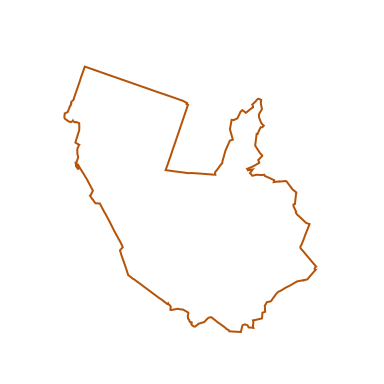 the district of Dzelzavas pag., Madona, Latvia, rotated 166°
{"feature_id": "27541924B55159579541929", "entity_name": "Dzelzavas pag.", "entity_type": "district", "adm_level": 2, "iso_a3": "LVA", "parent_name": "Latvia", "parent_adm1": "Madona", "projection": "mercator", "projection_center": [26.465, 56.987], "detail": "fine", "context": "isolated", "style": "outline", "palette": "amber", "viewbox_px": 384, "rotation_deg": 166, "n_neighbors": 0, "source": "geoboundaries", "source_scale": "gbopen_adm2", "svg_char_len": 5428}
<svg xmlns="http://www.w3.org/2000/svg" viewBox="0 0 384 384"><g transform="rotate(166 192 192)"><path d="M298.3,245.2L297.6,243.3L296.7,241.3L296.5,246.5L296.0,246.2L295.1,242.9L292.6,235.3L292.2,234.0L291.9,232.9L290.9,229.8L289.8,225.2L287.8,217.3L290.3,214.4L290.4,214.1L291.7,213.0L291.8,213.0L290.5,209.2L290.3,209.2L288.5,204.5L284.2,203.1L283.4,199.7L282.0,194.0L281.2,191.5L281.2,191.4L278.8,181.7L278.7,181.2L276.8,172.8L276.5,171.8L276.3,171.1L276.2,170.5L275.9,169.3L275.2,166.9L274.7,164.7L274.1,162.6L273.9,161.8L273.6,160.6L273.4,159.9L272.9,157.4L272.5,155.2L276.0,152.8L275.8,149.1L275.6,145.5L275.5,145.4L275.1,140.7L274.5,134.5L274.3,131.5L274.0,126.8L273.5,126.2L272.3,124.7L270.2,122.0L269.1,121.0L265.5,116.6L264.4,115.3L255.9,104.9L255.4,104.4L255.2,104.0L253.3,101.7L249.6,97.2L247.4,94.8L245.9,92.9L243.1,89.3L242.6,89.6L242.2,89.8L242.2,89.5L242.0,88.9L241.4,88.2L240.7,86.9L240.5,86.5L240.4,86.0L240.4,85.8L240.4,85.7L241.5,83.0L241.5,82.9L241.4,82.8L240.6,82.6L240.3,82.5L233.9,82.1L232.2,81.2L229.0,80.0L228.1,79.1L227.4,78.4L227.1,78.1L226.2,77.3L225.5,76.6L225.0,76.1L224.8,75.8L224.8,75.7L224.8,75.2L225.0,74.9L225.7,73.4L226.2,72.5L226.2,72.3L226.3,70.9L226.5,70.2L225.8,68.7L225.6,68.3L225.7,68.2L225.7,67.5L225.7,67.4L225.7,67.2L225.5,66.9L225.5,66.6L225.4,66.3L225.2,66.0L225.1,65.9L224.9,65.7L224.1,65.8L223.8,65.6L223.8,65.4L223.8,65.2L224.1,64.8L224.3,64.7L224.3,64.4L224.4,64.1L224.5,63.9L224.6,63.7L224.5,63.3L224.4,63.2L224.0,62.6L223.0,61.3L221.7,60.6L220.3,61.3L219.2,61.7L217.7,62.4L217.5,62.6L211.5,62.9L209.2,64.4L207.4,65.5L206.3,66.0L203.7,65.9L203.5,65.7L203.2,65.3L200.6,62.1L199.1,60.0L196.3,56.8L192.9,52.7L192.3,51.9L191.7,50.7L189.7,49.0L189.5,47.8L185.1,46.4L180.9,45.1L178.4,44.4L177.6,46.0L175.3,50.4L172.8,50.8L171.1,49.7L170.3,49.2L169.8,46.9L166.8,45.9L165.3,45.3L165.3,46.3L165.2,47.5L164.5,49.2L164.3,49.5L164.1,50.6L163.8,51.5L163.9,51.8L163.9,52.7L161.2,52.5L159.1,52.5L154.7,52.4L154.5,52.9L153.6,55.5L152.9,57.8L150.0,58.1L149.0,63.3L148.8,64.2L147.1,65.8L146.1,67.0L144.0,66.9L143.2,66.9L142.8,66.9L142.0,66.9L141.3,67.4L140.9,67.7L138.2,70.1L137.0,71.0L136.0,71.9L135.7,72.2L134.0,73.4L132.4,74.3L130.5,74.6L128.3,75.2L125.6,76.1L124.2,76.5L122.6,76.9L120.0,77.4L111.8,79.8L111.5,79.8L106.8,79.6L106.5,79.5L105.5,79.2L105.5,79.3L105.4,79.5L105.2,79.6L102.9,79.3L101.3,79.3L97.5,82.0L91.4,86.3L91.5,86.3L91.6,86.9L91.6,87.4L91.6,87.9L91.4,88.2L90.8,88.9L90.0,89.6L89.6,89.7L91.2,92.8L92.3,95.0L93.5,97.5L98.9,108.5L99.1,108.8L100.3,111.3L100.2,111.9L100.1,112.7L99.6,113.2L99.4,113.4L99.2,113.6L97.9,115.2L95.3,118.8L94.4,120.1L92.8,122.5L92.1,123.5L87.4,130.0L85.7,132.4L88.5,134.2L88.8,134.5L89.1,134.9L93.5,141.8L94.6,143.4L95.6,144.9L95.7,145.5L96.0,146.2L96.0,146.3L96.2,146.8L96.2,147.4L96.0,147.6L95.7,147.8L95.8,148.0L96.9,153.4L96.7,154.9L96.6,155.3L95.0,155.5L91.5,165.0L91.4,165.0L90.9,166.3L91.1,166.6L93.9,170.4L95.1,173.3L95.5,174.2L97.8,179.6L98.0,179.7L98.7,180.0L99.2,180.2L99.4,180.3L99.7,180.3L100.0,180.2L101.0,180.3L101.7,180.5L103.0,180.7L104.7,180.9L104.8,181.2L105.0,181.2L106.7,181.4L109.0,181.7L110.3,181.8L109.4,183.6L114.4,187.6L117.4,189.9L117.7,191.3L119.9,191.5L125.1,193.1L129.6,193.2L130.4,194.9L131.2,196.3L127.7,199.2L130.4,199.4L132.5,199.6L132.5,200.3L132.9,201.1L126.3,202.1L119.6,204.1L120.0,207.0L115.3,209.9L115.0,210.5L116.4,212.8L119.5,221.7L115.5,232.0L115.2,232.7L114.3,232.4L113.4,233.7L110.9,236.9L110.3,237.5L109.7,238.2L108.1,237.8L106.3,239.0L106.6,239.4L107.1,240.3L107.7,241.3L108.0,242.0L108.3,243.5L108.4,244.2L108.7,246.6L108.8,247.5L108.8,248.6L108.7,249.4L108.3,251.0L108.0,251.5L104.4,255.1L104.0,255.8L104.0,257.1L103.9,260.2L103.8,260.7L103.7,261.4L103.6,262.1L103.5,262.4L103.4,262.8L103.1,263.3L102.9,263.9L102.6,264.7L104.9,266.4L105.8,266.3L106.3,266.0L109.1,264.1L112.4,262.2L112.1,260.2L112.3,259.4L113.4,259.0L114.6,258.6L115.8,258.0L120.6,255.8L122.6,258.4L123.2,259.2L125.3,258.3L130.1,252.5L134.0,251.7L136.1,252.4L139.7,244.4L140.0,243.7L140.0,243.3L139.7,232.9L140.1,232.9L142.9,232.6L146.3,228.2L149.5,224.1L150.8,221.8L155.3,213.9L155.6,212.7L157.4,211.6L157.9,211.2L158.0,211.0L158.4,210.8L159.2,210.1L160.3,209.1L161.1,208.4L164.9,205.5L165.2,203.1L167.4,203.8L170.1,204.7L177.9,207.3L179.9,208.0L184.7,209.5L186.8,210.2L189.2,210.8L190.3,211.0L193.1,211.9L193.1,212.0L194.3,212.5L205.1,216.7L206.3,217.2L212.3,219.6L207.7,226.5L205.9,229.4L205.1,230.4L200.8,237.3L198.1,241.4L193.5,248.5L174.8,277.6L175.7,278.3L176.0,278.7L175.3,279.5L178.8,282.7L187.9,288.7L198.1,295.3L202.6,298.2L265.7,339.6L268.5,335.3L270.9,331.6L271.0,331.6L274.8,325.5L282.1,314.3L283.8,311.7L284.0,311.4L284.0,311.2L284.7,310.1L285.0,309.9L285.7,309.6L286.2,309.3L286.4,309.2L286.5,309.1L287.1,308.7L287.5,308.4L287.7,308.1L287.9,307.6L287.8,307.2L287.7,307.0L287.9,306.7L288.0,306.7L289.8,304.5L289.7,304.5L290.1,304.1L293.2,299.7L293.4,299.6L296.5,299.0L296.5,298.4L296.8,297.9L297.4,296.7L297.7,295.5L297.8,294.6L297.6,294.0L297.5,293.7L297.3,293.4L296.2,292.2L295.2,291.0L294.6,290.3L294.1,290.0L292.6,289.1L290.6,289.7L290.5,289.8L290.5,289.7L290.4,289.7L288.7,287.9L287.8,288.1L284.8,286.1L285.4,283.4L285.6,282.4L286.0,281.0L286.4,279.4L287.8,277.1L293.2,268.2L292.8,267.7L292.6,267.5L290.0,265.1L290.3,264.9L292.6,261.9L293.2,260.5L293.4,259.2L293.7,257.8L293.7,257.7L294.0,257.1L294.0,253.3L297.0,248.5L297.8,248.7L298.2,245.3L298.3,245.2Z" fill="none" stroke="#b45309" stroke-width="2"/></g></svg>